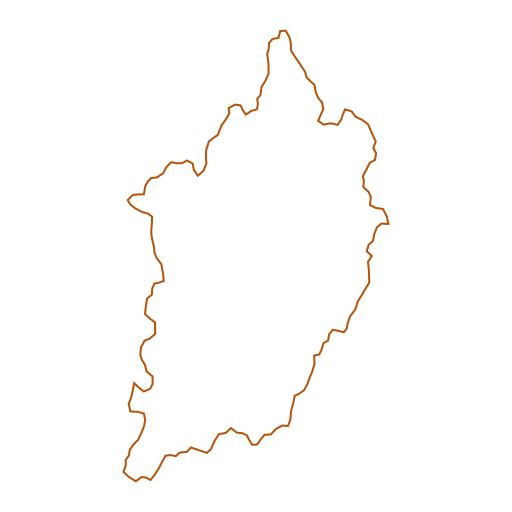 the district of São José do Calçado, Espírito Santo, Brazil
{"feature_id": "56859067B24817345610038", "entity_name": "São José do Calçado", "entity_type": "district", "adm_level": 2, "iso_a3": "BRA", "parent_name": "Brazil", "parent_adm1": "Espírito Santo", "projection": "orthographic", "projection_center": [-41.661, -20.976], "detail": "fine", "context": "isolated", "style": "outline", "palette": "amber", "viewbox_px": 512, "rotation_deg": 0, "n_neighbors": 0, "source": "geoboundaries", "source_scale": "gbopen_adm2", "svg_char_len": 2705}
<svg xmlns="http://www.w3.org/2000/svg" viewBox="0 0 512 512"><path d="M294.6,56.2L291.1,50.8L290.8,43.3L289.5,37.3L285.7,30.7L280.2,31.0L278.5,37.9L272.6,38.9L269.0,43.2L268.8,48.4L267.2,54.0L268.0,59.7L268.5,65.1L268.6,73.5L265.4,80.8L261.5,87.0L260.5,95.1L257.2,98.9L257.9,103.8L257.0,109.2L250.9,111.1L245.9,114.6L242.7,110.0L240.7,105.4L234.9,104.6L228.6,108.2L229.3,113.2L226.4,118.6L221.5,125.4L217.8,134.9L213.2,138.1L208.9,141.4L206.2,150.1L205.9,156.8L206.4,163.6L203.4,170.9L197.8,175.7L193.8,169.8L192.7,163.6L186.9,160.5L182.2,163.1L177.1,163.3L171.1,162.2L166.2,167.3L163.2,173.3L156.9,177.4L150.9,178.1L147.8,181.7L145.3,186.0L143.8,194.4L138.5,194.4L132.9,194.9L127.7,200.1L130.3,204.4L135.0,208.2L142.0,212.0L148.0,213.6L152.1,216.6L151.9,223.1L151.3,230.3L151.4,235.2L152.4,240.3L153.9,246.5L154.5,252.7L156.6,257.9L161.3,264.2L163.2,274.1L163.7,281.0L159.2,282.6L154.4,283.6L152.2,288.6L151.9,294.7L147.1,298.5L145.8,306.7L145.0,314.0L150.4,319.0L155.0,322.3L155.0,328.5L155.2,333.9L149.9,338.5L144.6,340.7L141.0,347.3L140.3,354.7L141.8,359.7L144.9,364.7L146.6,371.5L152.6,376.4L152.6,384.0L150.2,388.8L143.8,391.5L138.6,387.5L134.2,383.1L132.7,390.8L131.3,397.0L128.7,403.9L130.4,411.5L138.1,411.8L143.9,413.6L145.2,420.2L144.1,426.1L141.5,432.6L138.0,440.0L133.5,444.3L129.8,449.7L128.8,455.6L125.7,460.0L125.7,465.4L123.5,471.9L129.3,477.3L135.8,481.3L141.4,477.0L146.2,477.6L150.5,480.0L154.2,475.4L158.3,469.2L162.0,462.1L165.5,455.7L170.6,455.1L175.9,456.1L179.5,452.6L186.8,451.9L191.0,447.5L206.9,452.9L211.0,449.1L214.3,441.3L218.8,434.2L225.8,432.9L230.9,428.0L236.7,432.6L242.0,433.1L246.8,435.3L249.3,440.2L252.1,444.8L257.2,444.5L260.2,440.0L264.4,434.8L270.8,434.5L275.8,429.1L282.3,425.5L287.9,426.0L290.4,419.8L291.0,411.2L293.5,402.3L294.7,395.8L299.2,393.7L304.1,390.2L307.4,384.2L309.7,377.5L312.1,372.0L314.5,363.9L314.2,355.6L319.2,354.5L321.6,349.7L323.3,343.3L328.1,340.6L329.1,334.5L332.7,329.7L337.9,330.7L343.7,332.3L346.8,328.5L347.8,322.9L350.0,316.4L355.3,309.5L358.1,300.7L362.2,294.5L365.2,289.1L369.3,282.6L369.0,275.2L368.8,269.1L368.0,261.8L371.8,256.0L366.8,251.2L368.7,244.6L373.1,240.8L374.1,234.4L376.9,227.4L381.3,223.6L388.5,223.9L386.5,215.8L382.9,209.0L375.6,207.9L370.0,205.0L370.8,196.8L368.6,192.0L363.3,186.9L363.9,181.1L362.8,176.3L366.8,168.8L369.9,162.6L374.9,160.0L376.2,153.3L373.3,148.1L375.7,141.4L372.8,135.2L370.4,129.8L368.1,124.4L362.5,120.1L355.7,116.8L351.7,111.4L345.1,109.4L342.8,114.6L341.2,119.6L337.7,124.8L330.7,123.3L323.6,124.6L318.1,120.8L320.3,115.7L323.3,109.2L322.1,102.7L318.3,98.1L315.6,91.8L314.5,84.9L310.5,81.3L306.7,77.5L305.1,71.9L299.4,63.2L294.6,56.2Z" fill="none" stroke="#b45309" stroke-width="2"/></svg>